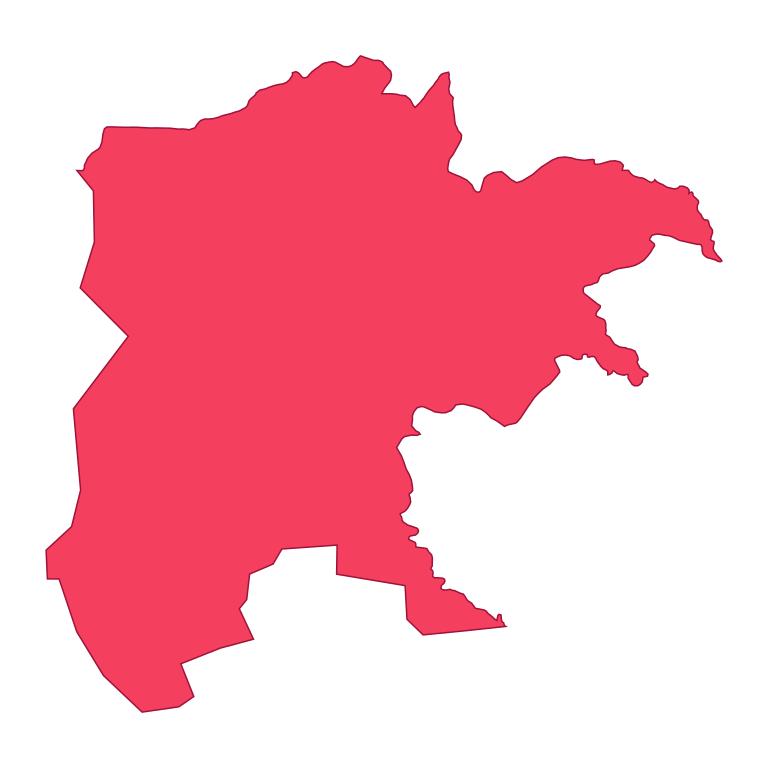 the district of Goris, Syunik, Armenia
{"feature_id": "60910142B80914034873135", "entity_name": "Goris", "entity_type": "district", "adm_level": 2, "iso_a3": "ARM", "parent_name": "Armenia", "parent_adm1": "Syunik", "projection": "robinson", "projection_center": [46.432, 39.469], "detail": "fine", "context": "isolated", "style": "filled", "palette": "rose", "viewbox_px": 768, "rotation_deg": 0, "n_neighbors": 0, "source": "geoboundaries", "source_scale": "gbopen_adm2", "svg_char_len": 6040}
<svg xmlns="http://www.w3.org/2000/svg" viewBox="0 0 768 768"><path d="M505.8,626.4L504.3,625.3L503.6,622.7L502.0,621.9L501.4,619.5L501.0,614.9L498.9,614.4L497.9,615.5L496.8,620.5L495.2,619.5L490.2,615.0L488.1,613.6L486.4,611.3L484.3,610.0L475.1,608.2L474.2,606.5L473.2,605.4L471.8,603.3L468.3,601.1L466.5,599.2L465.6,597.4L463.4,594.1L460.2,593.2L454.4,590.5L452.7,590.5L450.6,589.5L448.6,589.5L446.2,590.1L442.3,589.7L440.9,588.1L441.4,585.5L443.9,583.3L444.9,581.3L444.6,579.3L442.8,578.2L437.2,577.7L434.5,577.8L432.9,576.7L432.7,574.9L433.1,572.9L432.6,570.7L430.7,568.7L432.2,566.0L432.4,558.0L431.6,554.8L429.6,552.8L428.6,551.6L426.9,548.6L424.5,548.1L418.3,547.4L415.8,546.9L415.8,543.9L415.2,542.5L408.8,539.5L409.0,537.1L410.3,536.0L415.6,535.0L417.8,533.0L418.5,531.1L418.0,529.2L416.6,528.0L407.7,525.0L403.4,522.1L402.0,520.1L401.7,517.4L400.0,514.1L401.0,513.2L403.6,512.0L405.7,510.5L407.9,507.8L410.0,504.0L410.7,501.8L410.3,499.9L410.1,497.3L409.7,497.0L409.0,494.2L411.3,492.4L412.7,490.3L412.3,485.6L411.4,480.2L409.2,474.5L406.2,469.1L404.1,462.8L401.3,455.6L396.6,447.6L401.9,438.8L404.7,436.5L411.6,435.1L417.0,435.3L420.2,434.2L418.8,432.3L415.9,430.9L411.6,425.8L412.5,420.0L412.4,415.7L414.0,411.6L417.1,407.8L421.0,406.6L423.7,406.8L430.6,409.8L434.8,411.9L441.2,412.8L445.6,412.7L451.1,410.6L453.9,407.7L455.9,404.9L462.1,404.0L465.9,404.6L475.2,407.1L481.0,409.2L485.2,412.0L488.7,415.3L490.9,417.8L496.8,420.9L504.5,426.4L508.1,424.8L515.5,423.2L517.2,422.0L520.4,418.2L527.7,407.2L534.2,397.8L538.3,393.4L542.7,389.2L550.1,383.8L557.0,375.8L559.8,371.9L559.4,370.1L554.5,360.2L555.2,357.9L561.1,355.4L565.1,355.0L569.8,355.8L573.6,358.3L577.3,359.5L580.7,359.1L582.0,358.5L582.1,356.6L582.7,354.8L584.7,354.1L587.0,354.4L587.6,356.9L589.2,357.2L591.3,356.5L593.9,356.5L595.3,357.6L597.2,361.3L600.8,366.3L603.2,368.7L606.1,370.0L607.7,371.4L607.8,374.9L609.5,374.5L611.7,373.2L613.0,370.7L614.3,371.2L617.2,373.6L621.3,374.8L624.2,375.2L626.0,374.6L628.1,374.5L628.2,378.3L632.1,384.3L634.5,385.8L638.1,385.7L640.6,383.9L642.2,381.9L642.7,379.5L642.9,377.2L647.5,376.2L648.0,374.2L645.6,371.9L639.9,368.0L639.1,366.0L637.8,363.9L636.9,361.8L638.2,359.8L637.6,356.6L637.3,355.7L636.2,353.8L635.0,351.1L630.7,349.2L627.8,348.8L625.7,347.8L622.5,347.5L619.1,346.8L614.3,344.0L611.0,339.1L610.0,337.4L605.6,334.5L605.6,333.0L606.1,330.6L605.7,327.0L605.9,324.0L604.8,320.6L603.7,319.4L599.9,317.8L596.7,316.2L595.9,314.5L596.7,312.1L600.2,307.5L600.2,305.6L597.8,304.3L583.8,293.2L583.2,290.9L583.3,288.3L584.6,286.3L587.2,285.5L591.6,284.6L594.0,283.4L596.9,282.6L598.2,281.1L599.6,276.8L602.7,273.9L608.1,273.1L612.8,270.6L617.9,268.7L630.0,266.7L635.1,265.3L639.3,263.2L643.9,260.2L647.7,256.0L650.6,252.2L652.6,248.7L654.6,245.7L654.2,243.9L649.7,240.0L649.9,238.3L652.2,235.1L656.9,234.1L659.7,234.2L664.5,235.3L668.9,235.7L673.2,237.3L679.3,240.3L693.6,243.6L697.3,244.3L700.7,244.5L702.1,247.0L702.2,250.9L702.8,253.4L704.2,255.4L706.8,257.4L715.2,259.9L718.2,261.4L720.3,261.8L721.9,260.9L720.8,259.2L716.9,255.0L714.0,250.8L713.2,248.8L713.5,245.9L714.2,243.0L713.9,241.5L711.8,240.8L710.5,239.4L711.4,236.1L712.6,232.4L712.3,229.8L710.9,227.7L709.6,226.1L708.4,221.1L707.3,220.0L704.2,219.8L702.2,217.3L701.1,214.7L699.2,212.7L697.5,210.3L697.2,208.0L697.4,205.3L698.6,202.6L698.3,200.7L696.7,199.0L693.0,195.7L692.9,193.3L691.8,192.0L690.0,192.5L688.9,193.4L689.2,190.5L688.5,189.2L687.2,187.8L683.5,186.3L679.8,186.2L678.0,188.0L674.6,189.0L666.8,187.2L662.4,184.4L660.1,183.6L656.7,181.7L654.8,179.7L653.7,181.5L651.4,182.5L648.7,181.4L645.6,179.4L642.9,178.1L639.2,177.6L634.7,176.3L632.9,175.5L630.5,173.2L628.5,170.4L622.3,170.3L622.5,168.9L623.4,165.4L621.8,163.5L619.7,161.8L615.2,160.8L610.0,161.1L600.0,164.0L596.4,164.4L594.2,163.6L594.2,159.9L592.3,159.4L585.0,160.3L581.9,160.1L576.0,159.3L571.8,158.0L565.3,157.0L558.4,157.6L552.2,160.1L541.4,167.0L537.3,170.5L532.8,174.5L522.4,180.8L516.7,182.7L510.8,179.4L506.6,175.6L501.7,171.7L499.1,171.9L493.7,172.5L487.4,175.4L484.3,178.2L481.7,187.0L480.8,190.5L479.3,192.1L476.6,192.0L474.2,190.0L472.0,185.1L466.8,180.1L460.0,176.6L453.6,174.1L448.3,171.6L447.7,168.3L448.5,163.1L449.5,159.2L452.8,155.0L458.8,144.2L461.1,139.6L461.6,135.2L460.4,133.2L458.2,130.9L456.8,127.2L455.4,124.7L454.7,120.6L454.4,116.5L452.8,105.6L452.6,101.1L453.3,97.8L449.6,93.6L448.7,88.7L449.4,85.9L450.0,82.1L449.2,79.1L448.9,76.5L449.3,74.2L448.4,72.2L443.3,73.5L441.2,74.5L439.2,76.8L438.6,78.4L435.2,82.7L433.6,85.3L429.0,90.4L425.7,95.1L424.3,97.5L421.9,100.2L420.7,101.9L415.1,107.5L413.0,105.0L411.5,101.9L409.6,99.0L405.4,95.7L400.1,95.2L396.6,94.2L392.2,93.8L381.8,93.7L384.5,88.5L389.3,82.3L390.6,80.2L391.5,75.0L390.6,71.2L388.6,69.3L383.8,64.3L382.7,62.3L381.2,61.4L378.2,60.3L373.8,60.4L364.5,57.3L360.9,55.9L360.0,56.2L358.3,58.2L356.0,61.6L354.4,63.5L351.4,65.7L348.1,66.7L343.6,66.5L335.6,62.3L332.7,61.6L329.5,62.0L324.6,63.0L322.1,64.1L318.7,66.9L315.3,69.2L311.7,72.0L307.1,77.2L304.3,77.9L302.4,77.4L300.1,74.6L298.4,72.9L296.3,71.8L295.2,71.8L292.4,72.8L292.4,75.4L289.4,79.8L286.4,82.5L282.8,83.9L278.1,84.6L273.7,85.7L268.5,87.5L265.6,88.8L259.8,90.1L256.3,92.8L255.2,95.1L250.9,98.7L249.1,100.7L247.4,105.6L245.4,107.7L238.9,111.1L235.0,112.1L230.4,113.7L223.0,115.5L218.6,117.2L213.5,118.6L209.3,119.0L204.8,119.0L200.7,120.5L198.9,122.2L196.6,125.1L195.0,127.8L189.3,129.7L183.5,129.0L178.3,129.1L170.2,128.2L155.8,127.9L150.2,128.0L136.7,127.2L124.8,127.3L112.0,126.9L106.7,127.0L104.4,128.9L103.0,133.8L101.9,142.2L99.9,147.5L97.6,149.6L92.0,153.2L88.0,157.8L86.8,160.0L85.9,162.2L84.4,165.2L84.4,168.3L82.7,170.7L76.9,170.5L93.4,190.9L94.4,241.9L80.2,287.9L128.3,336.3L73.4,408.8L80.6,490.1L71.6,526.6L46.1,550.2L47.4,578.9L59.1,579.0L76.8,631.8L103.5,675.6L142.1,712.1L178.9,706.8L193.8,696.5L180.8,663.8L220.3,648.1L253.5,639.2L239.3,608.8L246.7,599.6L249.6,574.1L273.1,564.0L281.9,549.0L337.1,545.1L336.6,574.2L405.1,585.6L407.0,619.3L423.1,634.9L466.9,630.6L505.8,626.4Z" fill="#f43f5e" stroke="#9f1239" stroke-width="1.5"/></svg>